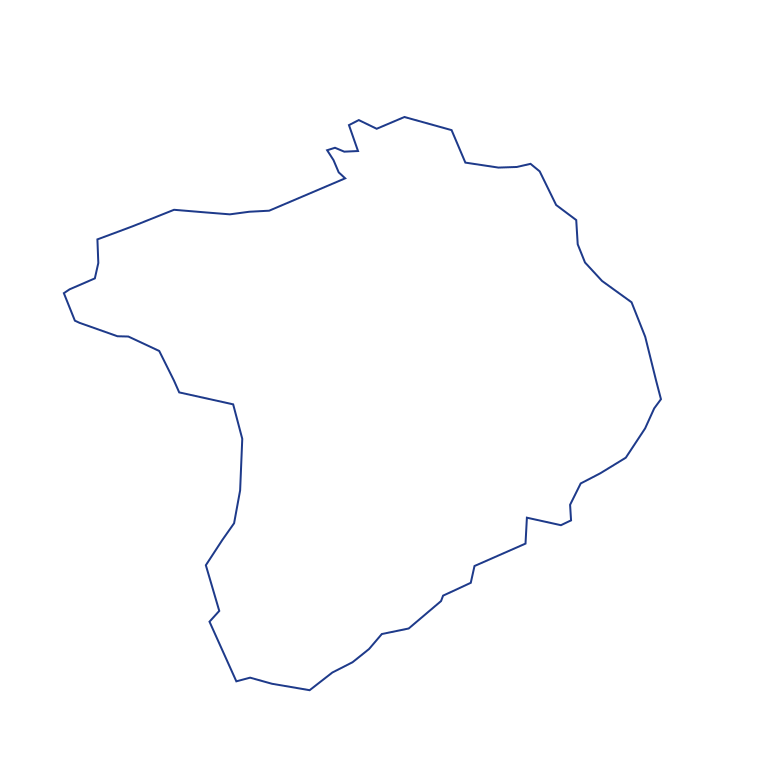 Mayahi, Maradi, Niger, rotated 247°
{"feature_id": "23599985B12759501052009", "entity_name": "Mayahi", "entity_type": "district", "adm_level": 2, "iso_a3": "NER", "parent_name": "Niger", "parent_adm1": "Maradi", "projection": "natural_earth1", "projection_center": [7.671, 14.129], "detail": "fine", "context": "isolated", "style": "outline", "palette": "blue", "viewbox_px": 768, "rotation_deg": 247, "n_neighbors": 0, "source": "geoboundaries", "source_scale": "gbopen_adm2", "svg_char_len": 1078}
<svg xmlns="http://www.w3.org/2000/svg" viewBox="0 0 768 768"><g transform="rotate(247 384 384)"><path d="M280.2,635.7L325.4,642.9L362.5,643.8L393.6,625.0L417.3,616.5L436.9,616.9L459.8,625.0L481.5,612.4L518.9,610.4L529.4,604.9L531.9,591.0L538.5,573.9L556.0,545.4L591.3,545.4L621.8,507.1L621.8,477.0L636.8,463.9L636.0,452.9L608.6,451.1L613.4,438.2L620.6,431.2L621.4,423.0L609.8,425.0L596.5,425.0L588.5,428.6L588.4,346.0L595.2,327.3L600.4,308.4L611.3,287.5L626.4,258.8L627.4,214.2L629.1,176.7L607.0,168.3L594.2,159.1L594.0,131.6L592.7,124.8L563.1,124.2L559.2,127.7L532.1,157.3L527.6,167.2L502.2,190.0L469.2,192.0L456.3,192.2L424.2,237.2L388.9,232.1L342.3,210.0L314.4,191.6L303.7,174.4L286.8,149.2L239.5,143.7L233.4,130.5L168.0,131.9L166.0,146.0L151.8,163.8L131.2,195.9L138.6,223.7L140.2,246.4L145.9,266.7L154.7,284.3L149.3,311.2L161.9,351.7L166.1,355.7L167.1,386.2L181.1,396.2L181.8,451.9L205.1,463.3L184.9,491.7L185.4,502.9L200.1,508.1L215.6,526.2L217.3,548.2L221.7,577.8L241.1,607.0L256.0,623.2L261.8,633.0L280.2,635.7Z" fill="none" stroke="#1e3a8a" stroke-width="2"/></g></svg>